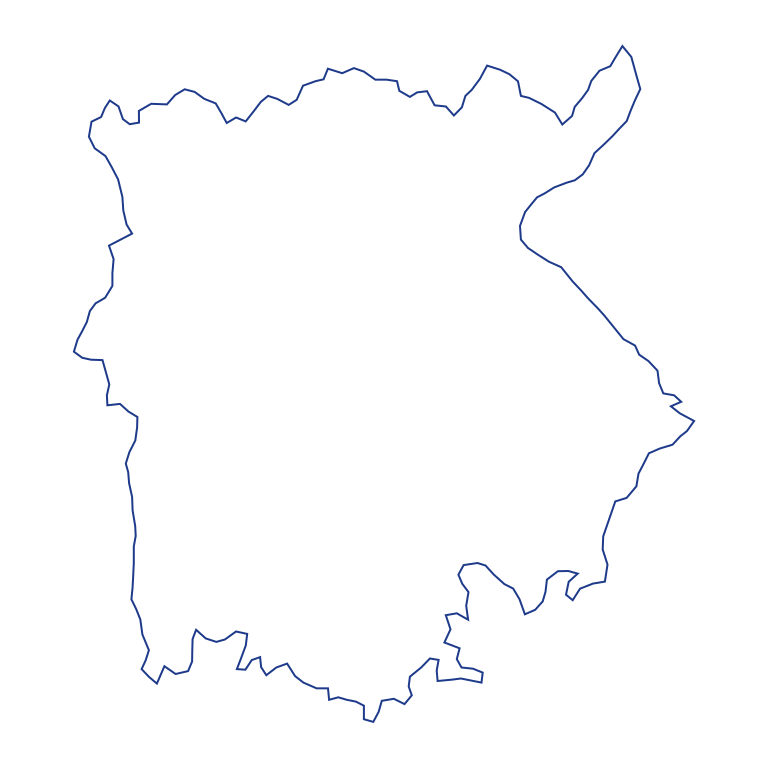 outline of Irani, Santa Catarina, Brazil
{"feature_id": "56859067B52796199772180", "entity_name": "Irani", "entity_type": "district", "adm_level": 2, "iso_a3": "BRA", "parent_name": "Brazil", "parent_adm1": "Santa Catarina", "projection": "orthographic", "projection_center": [-51.911, -27.029], "detail": "fine", "context": "isolated", "style": "outline", "palette": "blue", "viewbox_px": 768, "rotation_deg": 0, "n_neighbors": 0, "source": "geoboundaries", "source_scale": "gbopen_adm2", "svg_char_len": 3183}
<svg xmlns="http://www.w3.org/2000/svg" viewBox="0 0 768 768"><path d="M694.1,421.0L679.8,413.3L670.9,406.3L681.2,401.8L674.1,395.3L663.3,393.4L659.1,383.2L657.5,370.7L648.5,361.1L639.1,354.6L635.1,345.6L623.4,339.1L613.3,326.6L604.7,316.0L597.9,308.4L588.5,298.8L580.5,289.8L572.5,281.3L561.2,267.2L549.1,261.8L538.5,255.1L528.0,248.0L520.9,239.6L520.0,225.9L525.1,212.0L531.2,204.4L537.1,197.3L544.6,193.4L554.2,187.4L566.6,182.7L574.8,180.3L582.8,174.3L589.1,165.3L594.5,153.1L604.7,143.7L612.9,135.7L619.5,128.5L626.7,121.1L630.3,111.5L634.7,100.9L640.3,89.0L637.5,79.4L634.7,69.2L631.3,56.9L622.4,46.1L615.2,57.8L610.3,66.2L599.5,70.7L591.3,80.9L588.1,89.9L582.0,98.3L574.7,106.9L572.1,115.9L562.3,124.5L555.0,112.6L541.5,104.0L529.1,97.9L520.9,95.9L518.0,81.3L509.4,74.2L500.0,69.7L487.1,65.6L479.9,78.9L471.7,89.9L465.4,95.9L461.9,107.3L453.9,115.5L445.9,106.5L434.6,105.3L427.0,91.2L417.1,92.4L409.9,96.9L399.3,90.8L397.0,81.2L386.7,79.7L375.4,79.7L363.9,71.6L353.9,68.1L342.2,73.2L327.9,68.7L323.6,79.3L315.5,81.2L303.0,85.7L296.7,99.8L288.7,104.9L277.3,98.9L268.1,95.9L260.9,101.8L253.6,111.4L245.7,121.4L236.1,117.5L226.7,123.0L221.3,113.0L215.7,103.4L204.4,98.9L194.6,91.9L184.7,89.3L175.2,95.0L166.9,104.4L151.2,103.8L138.9,110.9L139.0,122.6L129.7,124.2L122.9,119.1L118.5,106.4L109.8,100.5L104.9,108.0L101.1,117.0L91.5,121.7L88.9,136.7L94.7,148.3L105.5,156.1L111.8,167.3L118.1,179.4L122.4,197.0L123.3,210.5L126.6,224.6L132.1,233.6L109.0,245.6L113.6,259.1L112.4,273.2L112.4,285.9L105.1,297.8L95.6,303.3L89.9,311.0L86.8,322.1L82.2,331.1L77.5,339.7L73.9,351.7L82.3,357.8L91.0,359.7L102.5,360.1L109.3,384.4L106.9,395.3L107.4,405.3L120.0,403.9L128.5,411.6L137.4,417.0L137.1,427.6L135.3,440.5L129.4,452.1L125.8,463.6L128.2,472.2L129.1,483.2L132.1,496.9L132.6,510.4L135.2,526.1L135.7,536.0L133.8,546.4L133.8,563.1L133.2,575.8L132.6,587.3L131.4,599.3L136.1,608.9L140.3,619.4L142.4,634.5L148.9,650.2L145.6,660.5L141.6,669.1L148.9,676.8L156.9,683.6L164.4,666.2L175.6,674.0L188.1,671.1L192.1,661.5L192.3,649.5L192.6,639.0L196.1,629.8L205.7,638.4L216.3,641.9L224.9,639.5L236.0,631.5L247.2,633.9L245.8,645.4L241.2,657.9L236.9,669.1L245.4,669.7L251.7,660.1L260.1,657.1L261.1,667.1L266.3,675.2L276.3,667.5L287.1,663.6L295.1,676.1L303.4,682.6L316.5,688.3L328.0,688.3L329.1,699.8L338.3,697.3L346.8,699.8L355.9,701.6L363.9,705.7L363.9,719.2L373.3,721.9L378.7,711.7L381.8,700.8L393.9,698.8L404.5,704.1L411.8,695.3L408.7,686.5L409.9,676.7L421.2,667.5L429.9,658.5L438.6,659.9L436.7,670.6L437.6,681.0L452.4,679.6L460.9,678.5L469.5,680.2L481.5,682.6L482.7,672.6L473.0,668.7L461.5,667.5L456.8,659.1L459.6,648.3L444.4,642.5L450.5,629.3L445.8,615.2L456.8,613.3L468.1,619.7L466.2,605.7L468.5,592.1L462.2,583.7L458.4,574.7L463.6,565.1L477.4,563.0L485.5,565.5L493.9,574.7L504.4,584.1L513.2,588.6L519.5,599.2L524.9,614.3L535.2,609.8L542.7,601.4L545.5,591.8L546.9,579.6L557.9,571.2L568.3,571.0L577.7,573.6L568.7,581.8L566.0,594.7L572.7,600.2L580.0,588.7L592.9,583.6L604.9,581.6L607.5,564.6L602.7,549.5L603.2,536.4L615.3,501.4L626.6,497.9L636.4,486.3L638.5,473.6L642.6,465.8L648.9,453.3L659.6,448.6L672.5,444.7L680.2,436.4L687.0,431.0L694.1,421.0Z" fill="none" stroke="#1e3a8a" stroke-width="2"/></svg>